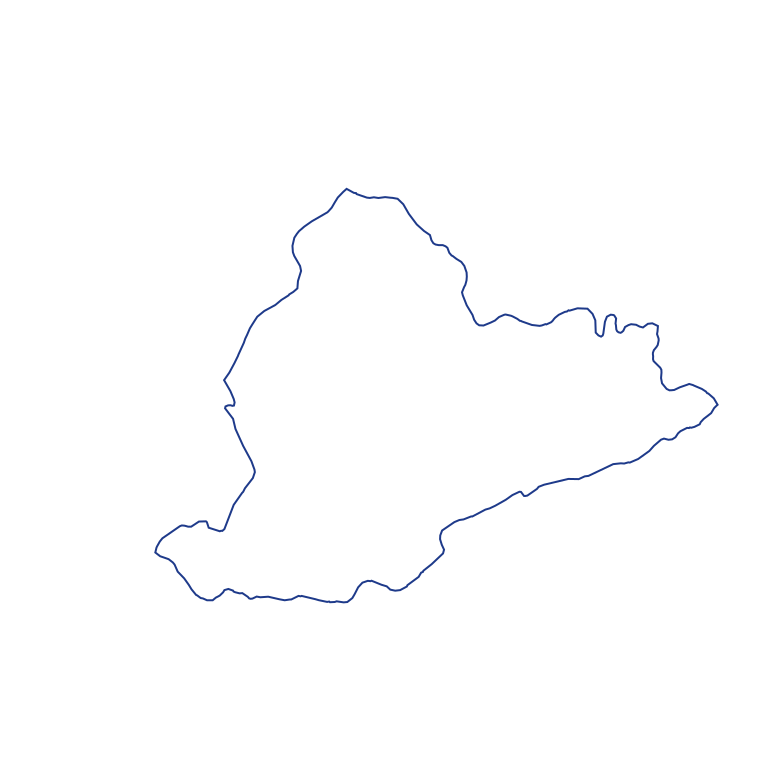 the district of Jalapa, Jalapa, Guatemala, rotated 61°
{"feature_id": "79465075B86525651589488", "entity_name": "Jalapa", "entity_type": "district", "adm_level": 2, "iso_a3": "GTM", "parent_name": "Guatemala", "parent_adm1": "Jalapa", "projection": "albers", "projection_center": [-90.024, 14.626], "detail": "fine", "context": "isolated", "style": "outline", "palette": "blue", "viewbox_px": 768, "rotation_deg": 61, "n_neighbors": 0, "source": "geoboundaries", "source_scale": "gbopen_adm2", "svg_char_len": 4221}
<svg xmlns="http://www.w3.org/2000/svg" viewBox="0 0 768 768"><g transform="rotate(61 384 384)"><path d="M459.3,124.0L460.1,130.1L457.7,132.6L454.4,134.8L451.5,138.9L451.0,141.6L451.0,145.5L453.5,148.9L454.0,151.2L453.9,152.3L452.5,153.8L450.9,154.5L449.0,154.4L444.9,152.6L443.4,152.2L439.2,149.2L435.6,149.4L434.8,150.0L433.3,152.1L433.2,156.4L436.7,160.6L446.3,167.8L447.6,169.2L447.8,171.2L445.5,172.9L441.7,173.9L433.1,169.5L430.7,168.3L423.8,167.6L416.8,169.5L411.6,178.1L411.0,180.8L409.8,186.1L409.0,186.9L409.3,188.8L408.6,190.9L408.2,197.6L409.0,202.2L409.7,204.2L410.3,205.4L410.7,206.6L411.0,207.9L410.9,209.5L410.6,213.1L409.9,213.8L409.3,217.6L408.6,219.7L405.3,224.3L404.1,226.0L396.1,233.1L395.3,233.6L394.6,234.5L391.7,235.8L387.3,238.7L385.9,239.8L382.5,243.6L382.0,244.3L381.7,245.6L381.2,251.0L382.3,256.2L382.0,261.0L381.1,268.6L378.8,272.3L375.8,273.7L371.5,274.0L366.5,273.1L355.3,273.5L344.6,272.1L341.6,271.3L338.1,267.0L336.7,264.8L333.4,261.6L330.2,259.5L326.5,257.7L319.7,256.5L314.7,257.2L309.7,260.0L305.3,261.9L304.4,262.6L300.9,263.3L295.6,262.5L293.4,263.4L291.0,265.3L289.0,268.9L287.0,271.3L284.8,272.6L281.3,272.8L276.0,271.6L269.6,274.8L260.3,278.0L247.3,279.8L236.1,280.0L228.6,282.3L225.2,286.5L224.3,287.9L221.1,292.4L218.6,298.7L215.8,302.3L214.4,306.2L212.7,308.6L204.6,315.9L203.5,315.9L202.2,317.7L198.2,320.2L195.2,322.1L196.2,326.5L198.5,334.0L201.3,339.0L204.4,344.2L206.1,349.1L206.4,350.3L206.7,368.2L207.7,377.5L209.1,384.2L210.4,387.3L212.6,391.5L218.8,397.1L224.6,399.8L228.5,400.4L240.1,400.2L244.9,401.7L252.2,409.3L258.4,413.4L259.5,418.8L259.7,423.5L260.2,424.4L260.7,432.8L262.2,440.8L262.1,453.3L263.7,462.2L265.6,465.8L268.1,470.4L270.3,474.3L274.7,480.0L277.1,483.4L280.0,486.6L287.9,497.3L288.5,497.9L293.3,504.8L299.1,513.8L303.1,522.0L315.8,521.8L324.3,522.7L327.7,523.6L330.1,525.7L329.6,527.2L328.2,528.5L327.1,530.7L326.8,533.5L328.2,534.8L341.3,532.9L351.3,535.7L369.9,537.2L387.3,537.4L396.1,538.8L398.5,539.7L402.7,544.3L407.8,556.2L410.0,559.4L410.5,561.0L416.8,574.0L433.5,593.9L434.1,596.6L433.4,597.6L433.2,599.0L424.7,607.0L419.0,605.9L417.8,606.3L414.6,612.5L415.3,621.8L413.8,624.5L412.9,625.4L412.0,626.3L411.1,627.3L409.7,629.4L409.4,631.4L411.5,652.6L413.1,656.5L416.0,661.2L416.8,662.3L420.5,665.7L426.1,663.3L429.2,660.5L432.8,657.3L437.7,655.2L440.4,654.7L448.1,655.4L457.1,653.0L465.1,652.1L470.2,651.9L477.4,650.6L478.3,649.9L482.3,648.1L483.8,646.3L487.4,643.6L490.1,638.7L489.3,634.5L489.4,632.3L489.4,630.2L488.2,625.7L486.9,623.5L487.8,619.5L491.5,616.2L492.6,616.2L493.9,615.2L497.1,611.8L498.2,609.3L504.1,606.3L506.1,605.9L507.2,604.8L507.9,603.1L508.2,598.4L510.6,595.5L513.9,588.4L521.7,579.7L525.0,575.7L526.8,570.9L527.5,569.6L527.9,561.5L529.3,559.8L529.4,558.8L538.9,548.4L541.5,545.8L547.0,539.4L547.7,537.4L548.7,537.0L550.8,532.7L551.1,530.8L555.4,525.2L556.9,521.8L555.9,515.5L553.6,511.6L549.3,505.2L547.3,499.2L548.3,493.6L549.9,491.4L550.0,490.3L558.4,483.5L562.3,479.7L566.9,478.2L570.2,474.4L572.1,469.8L572.2,462.2L571.3,461.0L569.5,447.2L567.0,443.0L567.2,441.0L566.4,440.1L564.7,429.7L560.8,414.5L558.0,411.8L552.6,411.4L546.9,410.2L543.7,408.2L540.3,404.2L538.9,389.4L539.5,384.0L541.0,380.1L542.1,371.9L542.7,371.0L543.0,356.2L544.0,351.9L544.4,345.7L544.3,333.6L543.4,325.5L543.9,317.8L544.8,316.5L549.8,315.8L550.4,314.8L551.1,312.7L549.9,301.0L548.9,298.6L549.7,292.8L556.4,268.8L561.6,259.8L562.1,253.2L563.5,249.7L565.2,222.4L568.2,215.3L570.0,212.5L571.0,208.3L571.9,207.1L572.8,198.1L571.2,184.4L568.9,177.8L567.0,168.7L567.5,165.6L570.7,162.2L572.1,158.8L571.9,154.9L569.7,150.7L569.0,147.6L569.3,140.2L570.4,138.6L570.3,137.5L571.2,136.5L572.0,133.3L572.3,127.4L570.9,125.5L569.5,121.2L568.1,112.0L565.1,106.9L564.2,103.7L563.9,102.3L556.4,102.5L549.5,105.0L548.7,105.8L546.7,106.1L542.4,108.4L535.6,113.7L534.7,114.3L531.9,117.1L531.7,118.8L530.3,126.9L529.9,133.1L528.6,136.1L527.9,137.4L525.3,139.2L518.2,140.5L513.1,138.8L508.6,135.8L506.0,134.5L503.7,134.5L494.7,137.1L492.8,136.7L490.1,135.1L488.3,134.4L487.0,133.6L485.2,131.5L483.7,127.7L482.6,125.7L479.0,122.6L477.3,121.8L472.7,121.0L470.6,119.3L466.1,116.3L461.0,119.9L459.3,124.0Z" fill="none" stroke="#1e3a8a" stroke-width="2"/></g></svg>